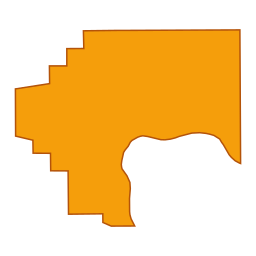 outline of Jefferson, Indiana, United States of America
{"feature_id": "52423323B82585243463531", "entity_name": "Jefferson", "entity_type": "district", "adm_level": 2, "iso_a3": "USA", "parent_name": "United States of America", "parent_adm1": "Indiana", "projection": "mercator", "projection_center": [-85.425, 38.75], "detail": "fine", "context": "isolated", "style": "filled", "palette": "amber", "viewbox_px": 256, "rotation_deg": 0, "n_neighbors": 0, "source": "geoboundaries", "source_scale": "gbopen_adm2", "svg_char_len": 863}
<svg xmlns="http://www.w3.org/2000/svg" viewBox="0 0 256 256"><path d="M127.0,30.4L118.3,30.4L83.4,30.8L83.8,48.5L66.8,48.6L66.8,65.9L49.4,65.9L49.6,83.6L15.4,88.9L15.6,136.1L32.9,140.2L33.1,153.2L50.5,153.3L50.7,170.8L68.1,170.9L68.5,214.2L102.8,213.8L102.9,222.5L111.2,226.1L134.7,226.0L131.1,218.9L130.5,216.8L129.9,214.6L129.6,211.7L129.5,198.5L130.3,188.6L129.9,182.4L127.0,175.9L122.0,168.8L121.6,167.0L121.3,164.5L121.8,160.6L123.6,152.4L125.1,150.0L128.2,146.2L130.3,142.2L132.0,140.4L137.7,137.2L140.2,136.3L142.8,135.8L147.7,136.5L160.9,139.7L164.8,139.8L165.1,139.8L170.5,139.1L175.5,137.8L179.2,136.4L180.3,136.1L191.8,133.1L199.7,132.7L206.1,133.4L209.8,134.2L213.9,135.4L219.7,139.0L221.6,142.3L223.3,144.6L229.2,154.8L231.5,157.5L235.2,160.8L239.3,163.0L240.6,163.5L239.9,29.9L127.0,30.4Z" fill="#f59e0b" stroke="#b45309" stroke-width="1.5"/></svg>